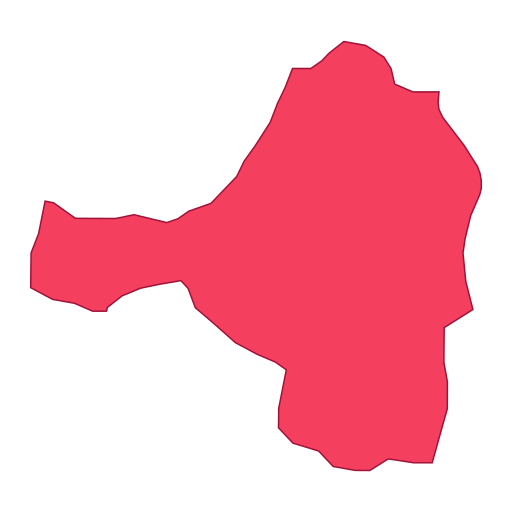 outline of Sinkye, Hwanghae-bukto, North Korea
{"feature_id": "82179303B98001602077811", "entity_name": "Sinkye", "entity_type": "district", "adm_level": 2, "iso_a3": "PRK", "parent_name": "North Korea", "parent_adm1": "Hwanghae-bukto", "projection": "orthographic", "projection_center": [126.546, 38.511], "detail": "fine", "context": "isolated", "style": "filled", "palette": "rose", "viewbox_px": 512, "rotation_deg": 0, "n_neighbors": 0, "source": "geoboundaries", "source_scale": "gbopen_adm2", "svg_char_len": 1080}
<svg xmlns="http://www.w3.org/2000/svg" viewBox="0 0 512 512"><path d="M471.5,157.1L464.1,145.4L442.8,117.5L439.0,109.5L438.1,102.7L439.0,91.9L412.9,91.9L394.7,84.1L391.1,68.7L383.9,57.1L365.7,45.4L343.9,41.5L329.1,53.1L321.8,60.8L310.8,68.5L292.5,68.5L285.0,87.8L277.6,103.2L270.1,122.5L255.3,145.6L244.2,161.1L236.7,176.5L225.7,188.0L210.9,203.4L188.9,211.1L177.8,218.8L166.8,222.6L134.0,214.7L115.6,218.5L90.0,218.4L75.4,218.3L64.5,210.6L53.6,202.8L45.1,201.1L38.6,233.6L31.1,252.9L30.9,268.4L30.7,287.7L52.6,299.4L74.5,303.3L92.7,311.2L106.5,311.2L107.4,307.4L122.2,295.8L140.6,288.2L158.9,284.4L180.9,280.6L188.1,288.4L195.3,307.7L213.5,323.2L235.3,342.6L257.1,354.3L275.4,362.1L286.3,369.8L278.7,408.4L278.5,427.8L293.0,443.2L318.6,451.0L333.2,466.5L355.2,470.4L369.8,470.5L388.2,458.9L413.9,462.8L432.2,462.8L439.7,435.8L447.3,408.8L447.4,381.7L443.9,362.4L444.0,346.9L444.2,327.6L472.9,309.5L465.8,281.4L463.0,253.1L465.1,238.7L470.7,215.6L479.7,194.8L481.3,188.4L481.3,180.5L480.0,173.3L477.5,166.5L471.5,157.1Z" fill="#f43f5e" stroke="#9f1239" stroke-width="1.5"/></svg>